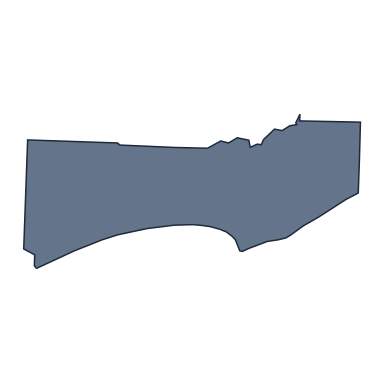 outline of Brevard, Florida, United States of America, rotated 92°
{"feature_id": "52423323B51894454867093", "entity_name": "Brevard", "entity_type": "district", "adm_level": 2, "iso_a3": "USA", "parent_name": "United States of America", "parent_adm1": "Florida", "projection": "orthographic", "projection_center": [-80.716, 28.307], "detail": "fine", "context": "isolated", "style": "filled", "palette": "slate", "viewbox_px": 384, "rotation_deg": 92, "n_neighbors": 0, "source": "geoboundaries", "source_scale": "gbopen_adm2", "svg_char_len": 828}
<svg xmlns="http://www.w3.org/2000/svg" viewBox="0 0 384 384"><g transform="rotate(92 192 192)"><path d="M187.2,25.8L153.9,25.8L116.3,26.1L117.2,86.9L110.4,86.8L119.3,90.7L121.0,89.7L122.4,96.6L127.5,104.1L126.3,111.7L137.0,122.3L142.3,124.4L141.9,128.5L145.3,135.4L138.2,137.0L137.4,141.8L137.5,141.8L136.2,148.6L141.7,157.2L140.0,165.0L147.7,178.0L148.1,210.7L147.6,265.7L145.6,268.1L145.7,358.1L254.8,358.2L260.3,347.0L271.2,347.0L273.6,344.9L273.6,344.5L254.8,307.3L244.1,282.8L243.0,280.4L237.3,264.4L230.2,236.1L225.8,208.8L225.1,198.0L224.6,190.4L225.0,181.8L226.0,172.3L226.6,169.9L228.2,163.2L230.7,156.3L234.8,150.5L238.2,147.0L249.1,142.2L249.6,139.6L246.3,133.0L238.8,115.1L236.8,104.3L234.6,96.5L231.8,92.2L221.9,79.5L212.7,64.7L193.9,37.6L187.2,25.8Z" fill="#64748b" stroke="#1e293b" stroke-width="1.5"/></g></svg>